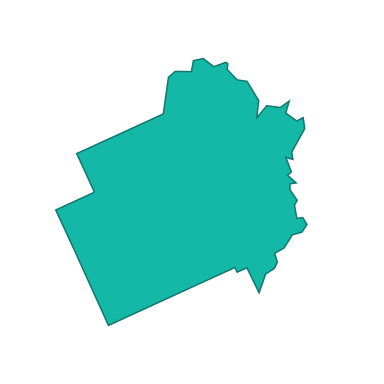 Montgomery, Alabama, United States of America, rotated 66°
{"feature_id": "52423323B92545989664473", "entity_name": "Montgomery", "entity_type": "district", "adm_level": 2, "iso_a3": "USA", "parent_name": "United States of America", "parent_adm1": "Alabama", "projection": "robinson", "projection_center": [-86.22, 32.233], "detail": "fine", "context": "isolated", "style": "filled", "palette": "teal", "viewbox_px": 384, "rotation_deg": 66, "n_neighbors": 0, "source": "geoboundaries", "source_scale": "gbopen_adm2", "svg_char_len": 816}
<svg xmlns="http://www.w3.org/2000/svg" viewBox="0 0 384 384"><g transform="rotate(66 192 192)"><path d="M108.0,105.1L94.2,110.1L89.4,107.1L87.3,108.3L86.4,121.1L74.6,127.5L72.6,137.3L81.8,143.6L75.0,158.3L77.6,166.8L109.0,186.5L109.2,203.4L109.2,203.9L110.0,281.7L151.0,281.2L152.5,281.9L153.0,323.8L198.9,323.1L279.9,322.6L279.4,281.5L278.9,237.0L278.4,183.5L283.6,183.4L283.6,172.7L311.4,171.7L296.9,158.1L295.2,147.6L290.8,142.6L281.6,141.4L280.6,130.7L271.9,117.7L273.4,107.9L268.4,100.2L260.4,101.2L258.8,107.0L245.7,103.7L242.3,99.3L229.9,101.6L224.4,99.1L226.1,93.2L215.5,97.9L214.2,93.1L198.5,92.2L203.3,86.6L196.1,84.7L180.0,63.3L169.3,60.2L169.7,67.4L158.0,74.3L148.5,66.2L150.7,77.0L143.6,88.6L150.6,102.6L135.6,93.9L113.3,96.7L108.0,105.1Z" fill="#14b8a6" stroke="#0f766e" stroke-width="1.5"/></g></svg>